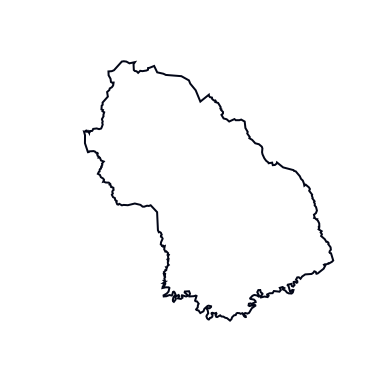 outline of Waeng Yai, Khon Kaen, Thailand, rotated 228°
{"feature_id": "78962969B82836358248418", "entity_name": "Waeng Yai", "entity_type": "district", "adm_level": 2, "iso_a3": "THA", "parent_name": "Thailand", "parent_adm1": "Khon Kaen", "projection": "robinson", "projection_center": [102.448, 15.935], "detail": "fine", "context": "isolated", "style": "outline", "palette": "ink", "viewbox_px": 384, "rotation_deg": 228, "n_neighbors": 0, "source": "geoboundaries", "source_scale": "gbopen_adm2", "svg_char_len": 5980}
<svg xmlns="http://www.w3.org/2000/svg" viewBox="0 0 384 384"><g transform="rotate(228 192 192)"><path d="M140.4,105.8L138.7,108.8L136.7,110.9L135.8,111.0L133.7,107.9L133.4,105.3L134.2,101.7L133.3,101.1L131.7,103.2L130.5,106.3L128.7,107.6L128.8,108.5L130.4,111.0L130.1,111.8L129.0,111.9L126.7,111.1L126.3,108.0L124.6,105.5L123.5,104.8L122.5,105.0L122.9,107.4L123.4,108.4L124.8,109.2L125.1,110.5L124.4,113.1L123.1,112.8L122.3,110.4L120.0,112.2L119.8,114.2L121.6,114.9L121.9,115.5L118.3,117.7L117.9,118.8L118.8,119.7L122.2,119.3L122.8,120.1L120.2,123.4L117.8,122.5L116.8,120.3L116.2,120.1L113.3,123.7L112.5,125.5L111.7,125.8L109.3,121.7L108.6,121.5L107.3,122.5L104.5,122.2L103.9,120.6L102.4,119.0L102.0,116.5L101.3,116.4L99.5,117.6L96.5,117.2L95.7,120.7L96.9,123.1L96.9,127.3L96.4,128.3L94.3,129.7L93.8,129.2L93.8,127.3L95.7,125.5L95.7,124.9L93.6,124.5L91.0,122.9L90.4,120.3L89.8,119.4L87.9,118.7L86.3,118.9L85.9,119.5L86.4,121.0L85.7,122.5L85.8,123.7L86.8,124.9L88.5,125.1L88.9,125.7L88.4,126.5L86.8,127.3L86.0,129.0L85.2,128.8L84.5,127.0L82.9,126.5L82.2,127.1L81.5,130.4L79.8,130.6L78.3,132.0L76.4,132.5L74.8,133.6L71.0,134.2L71.1,136.2L72.1,138.1L72.2,140.9L71.3,142.1L72.0,143.7L71.8,144.7L70.2,146.2L69.0,146.6L68.2,148.3L64.8,147.6L63.4,147.9L63.1,148.4L63.9,148.9L65.8,148.5L66.7,149.6L66.4,150.6L64.5,151.9L64.0,153.6L65.6,158.7L65.1,163.0L65.6,163.3L66.3,162.9L68.8,158.4L69.8,158.1L70.9,159.5L70.2,160.8L69.0,161.4L67.6,165.7L68.7,166.2L70.7,166.0L73.4,163.9L74.1,164.1L74.4,167.5L73.8,169.4L71.9,170.9L69.7,171.6L70.3,172.5L73.9,173.5L74.7,175.7L73.5,177.1L71.5,176.0L69.4,176.4L68.8,175.7L68.7,173.2L67.5,172.7L65.8,175.9L63.3,177.9L63.6,179.4L65.4,179.0L65.6,179.3L64.8,181.9L62.9,184.2L63.6,186.6L59.4,190.3L59.7,192.4L62.0,193.1L60.8,195.7L58.9,196.3L59.1,194.6L58.7,194.4L56.3,195.4L53.8,195.3L51.9,196.1L49.9,198.1L49.9,199.7L51.2,201.8L52.1,201.0L52.0,198.8L52.7,198.4L57.3,200.7L58.8,200.7L59.0,201.2L57.2,204.4L55.3,203.3L54.0,203.9L54.3,206.0L56.4,206.6L57.1,207.4L56.5,208.4L54.6,208.9L54.3,209.7L55.2,210.6L57.3,210.7L58.1,213.1L57.2,214.3L54.9,214.6L55.5,217.2L55.0,221.0L51.1,226.0L50.8,228.0L51.2,229.8L49.9,230.5L48.0,229.8L47.4,230.9L46.9,238.5L47.9,241.2L49.6,241.4L49.3,242.5L48.5,242.5L47.7,245.8L47.3,245.7L46.5,249.3L46.6,251.1L53.4,254.3L54.3,253.7L55.2,253.8L55.9,254.8L56.2,256.6L58.2,258.0L62.2,258.4L62.6,259.3L63.7,259.4L64.4,259.3L65.0,258.5L68.1,259.1L72.9,258.5L73.7,260.3L75.8,260.5L76.1,262.1L79.6,261.1L80.1,262.4L80.8,262.6L80.9,263.2L81.5,263.2L81.7,264.0L83.5,265.5L86.1,266.3L87.7,266.3L88.0,266.8L88.8,266.0L90.0,266.0L91.0,265.4L91.4,266.3L93.5,267.4L93.4,270.0L94.6,272.4L97.8,274.1L100.0,274.2L101.0,275.4L102.9,275.9L103.1,276.9L106.7,277.2L107.0,277.8L109.1,278.6L109.6,279.5L114.5,279.9L115.3,281.6L117.2,282.0L121.4,281.4L121.5,279.7L123.5,280.9L126.4,282.0L128.8,281.8L131.6,282.7L137.9,282.9L139.5,281.9L140.3,282.1L149.3,276.2L157.1,274.9L156.5,274.0L156.6,271.7L157.9,270.0L160.2,271.2L162.1,268.2L162.8,268.5L165.6,268.0L168.6,268.3L172.8,269.6L174.7,270.7L177.3,273.5L179.0,274.2L182.7,273.7L185.9,271.6L190.5,271.6L193.6,270.6L194.2,271.7L198.5,272.2L199.4,273.6L203.8,274.5L209.1,278.3L212.9,277.0L213.7,275.2L216.0,272.6L217.8,272.3L219.5,266.8L222.9,266.4L225.5,264.7L229.6,265.5L229.6,267.5L230.7,268.6L233.4,268.5L233.8,269.2L235.0,268.9L235.9,270.1L240.7,271.0L243.1,269.6L243.4,270.4L244.4,270.6L244.9,269.7L246.7,269.3L247.9,269.3L248.8,270.0L250.5,268.8L252.0,268.9L253.0,269.6L253.6,258.7L265.1,262.8L273.7,263.2L277.0,264.4L285.2,261.6L296.5,250.9L299.0,249.9L304.2,246.2L311.0,248.2L312.7,243.5L313.5,242.3L312.3,241.1L312.7,239.5L315.0,236.0L316.7,234.6L316.6,231.7L318.8,231.6L320.2,230.5L321.6,230.4L326.1,234.1L326.7,236.5L329.5,231.6L332.8,230.5L334.8,228.8L335.9,227.1L334.7,215.5L335.5,213.2L337.5,210.6L334.5,208.1L330.6,207.2L328.0,205.4L326.9,205.7L325.8,207.0L325.4,206.6L325.3,205.8L324.3,205.3L323.7,203.8L323.5,202.4L324.0,200.2L323.1,198.8L323.1,195.8L319.2,193.3L318.3,185.4L316.6,184.0L316.6,182.7L314.0,180.0L312.5,180.7L311.9,179.5L310.0,180.1L308.5,177.6L307.5,177.0L306.4,173.8L304.0,172.7L303.5,171.6L301.9,170.8L300.3,167.8L300.0,166.8L300.9,165.0L303.0,163.7L305.0,160.8L304.3,159.2L304.3,158.4L305.5,157.1L305.0,156.5L305.4,155.7L304.8,155.1L306.8,155.5L306.9,154.4L307.4,154.0L308.3,154.6L308.7,153.8L308.4,152.4L309.0,152.1L305.8,150.5L299.9,145.1L291.2,141.3L290.7,142.1L290.9,142.9L288.2,146.3L286.8,147.0L285.8,146.8L284.3,147.9L283.5,147.6L283.5,146.8L282.1,146.1L280.6,146.4L280.1,145.5L279.0,146.5L276.3,145.5L273.7,146.8L273.3,144.1L272.2,143.6L272.0,142.5L271.1,141.8L271.4,141.2L270.3,139.9L270.6,139.0L270.2,138.1L269.1,137.1L269.3,136.2L268.5,134.2L266.3,135.0L264.0,134.2L261.4,135.0L260.0,134.8L259.1,133.0L258.8,133.7L258.4,133.4L256.7,134.3L254.7,136.4L253.1,136.6L252.8,135.9L252.2,136.4L251.3,135.7L250.1,135.8L249.8,135.3L247.8,136.4L246.0,135.1L246.1,134.1L245.4,132.8L243.9,132.2L243.6,130.6L241.0,129.9L239.1,130.6L237.5,129.6L235.6,130.0L235.4,129.1L232.9,128.2L232.0,128.7L231.9,130.0L229.0,131.0L228.2,132.5L225.1,135.5L221.7,141.8L216.9,145.1L214.2,145.5L213.1,146.6L211.9,149.4L210.5,150.6L209.8,152.4L200.4,152.6L186.4,141.1L184.3,140.4L184.0,141.2L182.6,141.6L180.5,140.9L180.4,139.8L179.6,139.0L178.4,139.4L176.9,138.9L175.4,135.4L173.9,133.7L172.8,134.0L172.0,133.6L171.5,134.3L170.9,134.1L170.9,134.7L169.7,134.5L170.2,134.9L170.0,135.5L168.1,133.0L165.5,132.3L165.1,133.2L162.5,133.3L161.7,131.9L160.8,132.6L160.2,131.1L158.4,129.8L158.4,129.2L157.8,129.6L157.3,128.3L156.6,128.3L156.2,127.2L154.5,125.9L153.4,125.9L153.5,124.5L152.7,123.0L153.3,122.4L152.3,122.1L151.2,120.6L151.8,120.0L151.3,119.4L151.3,117.6L150.0,117.2L150.3,116.4L148.9,115.7L149.3,116.7L149.0,117.1L147.7,115.6L146.8,115.2L146.2,113.6L144.3,112.6L144.7,112.0L144.1,112.1L143.8,111.6L143.3,112.1L143.5,110.1L142.5,111.3L141.6,110.7L141.4,110.1L142.2,109.0L141.5,108.1L140.9,108.4L140.8,107.4L141.2,106.9L140.4,105.8Z" fill="none" stroke="#020617" stroke-width="2"/></g></svg>